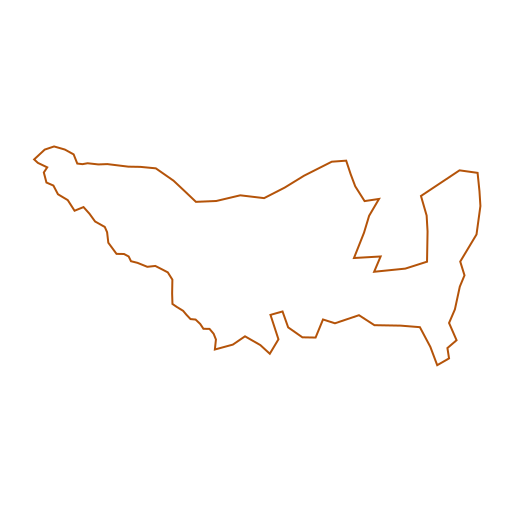 the district of Kalapanagiotis, Nicosia, Cyprus, rotated 271°
{"feature_id": "46923920B11517267441336", "entity_name": "Kalapanagiotis", "entity_type": "district", "adm_level": 2, "iso_a3": "CYP", "parent_name": "Cyprus", "parent_adm1": "Nicosia", "projection": "robinson", "projection_center": [32.834, 35.038], "detail": "fine", "context": "isolated", "style": "outline", "palette": "amber", "viewbox_px": 512, "rotation_deg": 271, "n_neighbors": 0, "source": "geoboundaries", "source_scale": "gbopen_adm2", "svg_char_len": 1451}
<svg xmlns="http://www.w3.org/2000/svg" viewBox="0 0 512 512"><g transform="rotate(271 256 256)"><path d="M348.7,32.5L345.3,36.3L341.0,45.7L335.8,42.4L325.8,45.2L322.9,52.2L314.3,56.9L312.5,60.0L308.6,66.8L298.1,73.8L301.9,82.7L295.3,88.8L287.7,94.5L282.4,104.3L277.2,106.7L266.7,108.1L255.7,116.5L255.7,124.0L253.3,128.7L248.6,131.1L247.1,137.6L243.3,147.5L244.3,155.5L240.9,162.5L238.1,168.1L230.9,172.8L217.1,172.8L206.6,173.3L203.8,177.5L199.9,184.1L196.1,187.4L191.8,191.6L191.4,196.7L187.1,201.4L182.3,204.7L182.3,210.8L177.5,215.0L171.8,217.4L161.8,216.5L167.0,234.4L175.5,246.4L167.0,261.9L158.5,271.5L173.1,279.9L197.4,271.5L201.0,283.5L185.2,289.4L175.5,303.8L175.5,317.0L193.7,324.1L190.1,336.1L198.6,360.0L188.9,375.6L188.9,401.9L187.7,421.1L168.2,431.9L150.0,439.1L157.0,450.8L167.3,449.0L175.3,458.0L192.4,450.2L206.1,455.8L228.9,460.3L240.3,464.8L254.0,460.3L281.4,476.1L309.9,479.5L324.7,478.3L343.0,476.1L345.2,458.0L318.9,419.9L299.4,425.9L283.6,427.1L269.0,427.1L253.3,427.1L246.0,405.5L242.3,374.4L257.7,380.6L255.7,354.0L281.2,363.6L298.2,368.4L315.2,378.0L312.8,363.6L327.4,354.0L339.5,349.2L352.9,344.5L351.6,330.1L337.1,302.6L324.9,283.5L314.0,263.1L316.4,239.2L310.3,215.3L309.1,195.0L320.1,183.0L329.8,172.3L341.9,154.3L343.1,138.8L343.1,126.8L345.3,105.7L344.8,96.8L345.8,86.0L344.8,80.9L345.3,75.7L354.4,71.9L359.1,63.0L360.7,57.1L362.0,52.2L358.7,42.9L348.7,32.5Z" fill="none" stroke="#b45309" stroke-width="2"/></g></svg>